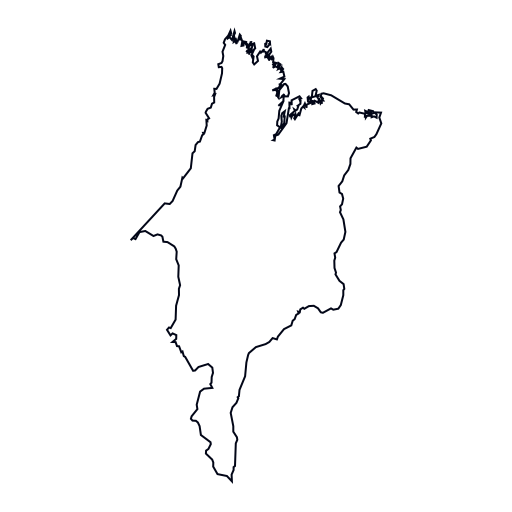 an SVG outline of Maranhão
{"feature_id": "BRA-593", "entity_name": "Maranhão", "entity_type": "State", "adm_level": 1, "iso_a3": "BRA", "parent_name": "Brazil", "parent_adm1": "", "projection": "equal_earth", "projection_center": [-45.076, -5.686], "detail": "fine", "context": "isolated", "style": "outline", "palette": "ink", "viewbox_px": 512, "rotation_deg": 0, "n_neighbors": 0, "source": "natural_earth", "source_scale": "10m", "svg_char_len": 5923}
<svg xmlns="http://www.w3.org/2000/svg" viewBox="0 0 512 512"><path d="M225.0,39.3L227.9,36.0L227.9,38.3L228.6,37.8L228.4,35.3L230.5,30.7L231.2,33.3L230.4,34.9L231.6,34.9L229.8,35.4L229.7,37.4L232.0,40.0L234.5,31.1L235.0,33.0L233.2,36.5L233.2,38.3L234.1,36.0L234.4,37.9L233.4,40.6L234.6,39.3L233.9,41.9L234.7,41.4L235.6,37.9L236.2,40.9L235.5,41.7L236.6,44.0L236.6,41.5L237.6,41.6L239.8,34.6L240.8,35.9L239.4,40.3L241.0,37.9L242.3,41.4L241.5,45.9L243.5,45.5L243.9,41.5L245.0,41.8L244.8,44.0L246.3,41.2L246.0,45.3L247.3,43.3L246.8,48.3L250.8,42.3L249.8,42.3L250.9,42.1L251.0,45.1L249.0,46.0L248.5,50.7L247.7,50.4L247.2,50.7L246.3,52.0L247.8,51.0L247.5,52.7L249.1,52.5L249.3,54.7L249.6,50.2L250.6,49.0L250.3,50.7L251.4,49.6L252.9,43.7L254.2,43.3L255.2,48.3L251.8,51.7L253.3,51.3L251.4,55.4L251.8,56.3L252.0,54.7L253.6,56.5L252.8,62.4L254.2,64.4L258.0,60.9L257.0,56.3L260.1,51.6L260.9,52.7L262.7,50.7L263.0,51.5L262.2,51.7L263.1,51.6L263.7,49.0L263.9,51.3L265.7,52.0L266.0,53.6L265.2,53.3L267.1,54.7L265.2,56.3L265.2,57.3L267.1,57.0L267.6,52.5L270.7,48.6L271.3,51.7L269.1,54.8L269.1,57.3L267.6,57.3L269.0,59.6L268.4,60.0L269.2,59.9L270.1,57.3L271.5,59.3L272.1,59.0L271.4,58.1L271.9,55.7L272.8,58.7L273.1,57.3L273.5,58.2L273.1,62.4L274.2,63.4L272.4,65.1L274.1,64.2L274.4,63.5L274.1,62.4L276.5,63.0L272.8,67.7L275.7,66.4L277.6,67.6L278.5,63.0L280.5,64.4L278.3,69.0L279.7,68.3L280.5,69.4L281.4,67.7L281.5,70.0L282.5,68.3L283.1,69.0L280.8,72.0L283.3,71.7L284.4,76.6L279.8,78.7L284.3,79.1L280.2,84.3L278.8,84.4L280.9,84.9L278.4,88.1L276.5,88.4L277.1,89.8L275.0,89.1L272.3,90.4L276.2,89.8L276.8,91.4L278.1,90.0L276.1,96.4L278.1,94.2L278.1,97.3L278.5,97.8L279.3,90.1L284.2,84.0L285.5,83.9L287.7,86.4L289.0,93.1L287.9,96.4L285.0,96.4L283.7,94.7L282.2,95.9L281.5,97.1L283.8,95.8L283.3,101.2L278.4,105.8L282.6,103.1L279.3,110.8L278.6,118.5L277.3,121.5L277.1,125.3L279.5,126.9L279.6,128.1L276.1,134.2L273.9,135.2L274.6,139.5L273.3,140.2L274.6,140.5L275.3,135.7L278.3,134.6L286.5,123.2L289.0,107.5L289.5,109.1L289.4,102.6L290.9,102.8L291.7,105.1L291.6,100.3L299.5,96.3L301.1,98.4L298.6,99.1L299.9,99.4L300.1,101.5L300.6,99.8L300.4,103.8L297.7,105.8L298.3,106.2L297.2,109.5L295.7,110.5L294.4,109.5L294.9,110.8L289.9,115.1L290.2,117.2L290.8,114.8L291.4,117.5L292.9,114.1L294.2,115.5L295.4,113.8L295.8,116.2L294.2,118.2L294.9,119.2L298.6,113.3L299.6,114.1L299.2,116.2L301.3,108.5L303.0,106.6L304.1,107.5L303.7,106.1L304.9,103.5L306.6,107.8L306.5,104.7L311.3,102.6L312.2,100.1L312.3,104.1L314.5,103.5L313.7,101.4L315.0,100.1L314.3,101.8L315.4,101.1L318.2,102.7L318.9,98.1L320.5,103.5L321.5,102.1L322.0,103.8L321.5,100.5L323.2,100.5L321.7,98.4L323.5,99.1L320.7,96.1L321.5,93.7L323.6,93.3L331.2,95.3L344.9,103.5L349.2,104.3L353.5,109.6L356.9,109.5L356.2,112.0L358.2,113.5L359.4,112.5L365.0,113.8L364.9,116.5L365.9,116.1L365.9,117.5L367.1,115.8L371.6,115.8L371.6,117.2L374.0,116.4L376.6,117.7L376.7,114.6L374.2,112.3L381.0,112.6L379.3,117.5L381.3,123.4L376.4,134.2L374.4,137.0L370.3,138.7L370.9,140.4L366.7,146.7L358.0,148.9L356.4,147.6L350.5,158.3L350.4,164.0L348.3,170.0L344.2,175.4L342.3,181.3L338.6,186.0L339.5,192.5L342.0,194.0L343.2,198.6L342.0,204.3L340.1,206.4L340.8,210.0L340.0,212.2L343.4,219.4L345.4,231.9L343.7,239.6L341.1,242.6L336.5,252.1L334.5,253.4L335.2,257.7L334.3,260.6L334.5,268.0L336.0,272.6L335.5,274.4L339.5,280.9L343.6,284.1L344.3,288.9L343.3,290.2L343.3,295.2L340.8,305.1L338.3,308.7L333.3,309.7L331.0,308.4L322.9,312.8L320.8,312.3L318.0,308.3L313.8,305.8L308.9,306.1L304.3,308.8L303.0,307.7L300.3,309.4L299.8,312.1L298.1,311.6L298.7,313.4L296.2,314.9L294.6,319.2L292.7,320.7L291.3,325.4L284.0,329.1L277.9,336.6L276.9,339.4L272.6,338.1L269.3,342.0L265.6,344.1L255.9,347.1L248.9,353.1L248.1,355.1L246.4,362.4L245.1,376.3L239.5,389.9L238.9,396.2L237.7,397.2L238.3,398.3L236.4,402.9L232.5,407.2L230.7,412.9L233.3,426.2L233.3,431.7L236.9,437.2L237.3,439.8L235.8,443.3L235.0,466.0L233.6,467.1L233.6,470.0L231.6,474.6L231.9,481.3L226.9,476.0L217.5,474.1L213.2,466.6L213.3,462.5L212.2,459.6L205.9,453.6L206.1,450.6L208.4,449.0L210.8,444.1L210.5,442.2L200.9,435.0L199.6,426.1L197.9,422.5L195.9,420.8L192.5,420.6L190.9,418.8L191.6,416.3L197.4,409.1L196.7,404.7L200.1,391.6L204.0,388.7L212.3,387.9L210.3,384.1L211.5,382.7L211.7,377.0L213.0,372.9L212.3,367.6L208.1,364.0L198.5,367.0L195.1,370.5L193.1,370.8L185.2,356.9L183.8,356.1L182.5,351.5L181.3,352.3L179.1,346.3L177.0,346.1L175.6,342.1L172.5,342.0L176.2,338.9L176.3,335.1L172.6,333.4L170.5,335.4L167.0,329.8L169.0,327.5L170.7,328.1L175.6,319.6L176.1,305.7L179.0,295.1L178.9,288.8L180.1,285.2L178.3,276.8L178.7,265.4L176.2,259.2L176.7,251.7L175.7,248.7L174.3,246.4L167.5,242.1L163.4,241.7L162.4,236.7L161.1,235.4L157.5,234.4L153.5,236.0L145.3,231.0L139.5,232.1L135.5,239.1L133.0,238.0L130.7,240.2L164.7,203.4L169.7,204.0L172.6,201.0L177.3,190.5L180.4,186.7L182.4,177.6L183.1,178.3L190.8,168.3L192.5,153.3L194.7,151.2L195.6,145.0L198.0,142.1L199.9,141.6L202.2,135.2L203.6,134.2L203.1,132.9L204.4,132.9L206.7,125.5L206.4,120.3L207.4,120.9L207.4,119.4L209.1,118.3L205.6,112.8L205.9,111.7L207.6,108.8L210.8,107.6L212.0,103.7L214.2,102.5L214.1,96.9L215.0,94.5L213.4,95.1L214.7,92.7L214.3,88.8L216.5,88.9L219.6,83.7L222.0,73.4L222.2,68.2L221.5,66.9L218.8,67.2L218.3,64.2L221.5,63.0L222.5,61.2L223.3,56.0L222.5,51.7L225.2,44.9L223.7,42.8L225.0,39.3ZM284.8,111.2L283.5,117.5L284.8,115.5L284.2,123.1L280.5,128.5L281.8,121.7L281.3,115.8L282.3,113.1L284.8,111.2ZM315.7,89.1L316.7,90.7L315.4,96.3L311.8,97.3L312.5,90.9L315.7,89.1ZM269.9,41.3L270.1,44.0L268.9,43.0L269.6,44.3L267.3,47.1L265.3,46.5L265.2,43.8L265.8,43.5L266.1,45.3L266.9,40.7L269.9,41.3ZM373.1,111.2L373.6,113.1L371.5,113.8L370.8,111.2L367.8,109.8L373.1,111.2ZM308.0,101.6L307.6,97.5L308.6,96.7L308.9,99.0L310.3,97.7L311.0,98.7L310.5,101.0L309.1,101.8L308.0,101.6ZM365.2,110.8L369.2,112.7L370.7,114.5L365.5,112.7L365.2,110.8ZM316.2,95.6L318.7,94.9L317.6,97.5L316.2,95.6Z" fill="none" stroke="#020617" stroke-width="2"/></svg>